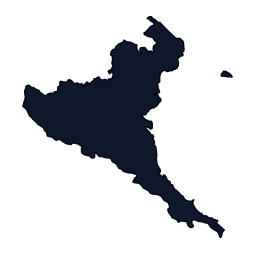 the district of Osa, Puntarenas, Costa Rica, rotated 179°
{"feature_id": "36466004B23652443238408", "entity_name": "Osa", "entity_type": "district", "adm_level": 2, "iso_a3": "CRI", "parent_name": "Costa Rica", "parent_adm1": "Puntarenas", "projection": "orthographic", "projection_center": [-83.568, 8.892], "detail": "fine", "context": "isolated", "style": "filled", "palette": "ink", "viewbox_px": 256, "rotation_deg": 179, "n_neighbors": 0, "source": "geoboundaries", "source_scale": "gbopen_adm2", "svg_char_len": 5838}
<svg xmlns="http://www.w3.org/2000/svg" viewBox="0 0 256 256"><g transform="rotate(179 128 128)"><path d="M146.7,185.2L146.2,183.7L145.8,183.6L145.9,183.0L145.5,182.6L144.0,183.6L144.1,184.2L143.8,184.6L142.8,184.7L142.3,184.0L141.8,181.7L142.4,179.5L142.8,179.3L142.7,178.3L143.7,177.4L146.3,177.3L146.9,176.5L147.9,176.0L150.1,176.9L153.3,176.3L153.6,176.7L154.7,176.9L155.5,178.6L156.3,179.4L156.9,179.4L158.4,178.6L159.0,177.9L160.9,177.8L161.6,176.0L163.8,174.6L164.7,173.0L165.4,173.0L166.2,173.5L167.1,173.2L167.7,174.4L168.5,174.6L168.7,173.6L169.8,173.3L170.5,172.2L171.6,171.8L171.2,170.6L171.5,170.4L172.8,170.8L173.3,171.8L173.2,172.9L173.5,173.2L174.8,172.5L176.4,172.9L178.2,173.9L179.0,173.8L179.3,173.1L181.1,173.2L182.2,174.8L185.2,177.3L187.1,176.9L187.6,175.8L188.2,175.3L189.5,174.9L192.0,175.1L194.4,175.9L194.7,175.2L195.2,175.1L195.5,174.4L194.9,173.8L195.9,170.8L196.6,170.4L197.0,170.5L197.6,169.8L197.4,168.2L197.8,166.2L198.7,165.5L200.9,165.4L201.9,163.9L202.9,163.8L203.7,164.2L207.4,163.5L208.1,162.9L208.6,161.3L210.2,162.1L212.3,162.4L213.3,164.0L215.2,164.8L216.1,166.8L220.5,168.9L221.6,170.0L223.9,170.3L226.0,172.3L227.0,172.5L227.8,172.3L229.3,171.2L229.7,168.6L230.4,167.8L230.6,164.5L230.2,163.7L230.4,162.5L230.1,161.5L230.2,159.3L231.7,155.2L232.0,153.4L232.8,152.0L232.2,150.9L230.4,149.7L228.9,148.0L226.1,141.8L224.0,140.0L223.6,139.1L218.9,134.6L218.1,133.4L213.4,130.4L212.2,129.2L211.5,127.1L209.4,125.2L209.0,122.2L208.6,121.4L203.9,120.2L202.5,119.2L201.9,118.2L200.0,117.1L196.5,118.0L192.6,115.0L190.2,113.6L188.8,113.1L185.4,112.5L183.2,114.2L177.9,112.8L174.2,110.2L174.8,108.3L174.8,104.8L174.5,103.8L172.4,102.3L169.3,101.2L167.1,100.9L165.8,99.4L164.6,98.7L162.8,98.7L162.0,99.5L161.8,102.5L161.2,103.6L159.6,103.1L158.6,101.4L157.0,100.0L154.0,99.9L152.5,99.1L146.4,98.2L145.7,97.6L144.2,94.6L141.7,93.2L139.1,91.1L139.2,89.9L138.3,89.2L137.7,87.8L135.2,87.1L133.6,85.0L131.9,84.2L129.8,83.8L128.7,83.2L125.8,83.2L123.4,82.5L122.0,81.8L120.7,81.7L120.1,81.1L119.7,80.4L119.9,79.3L122.4,77.6L122.4,76.5L123.9,74.6L123.7,73.7L121.3,73.0L118.9,72.9L117.3,72.2L114.7,69.4L114.0,68.0L108.5,64.9L106.9,62.6L104.5,61.5L102.9,61.5L98.7,60.7L95.8,59.1L93.2,55.1L89.0,52.6L87.8,49.3L87.6,47.4L89.1,46.7L89.6,45.4L88.8,42.9L86.1,39.2L85.6,37.7L80.6,35.4L79.5,33.1L78.5,33.0L78.1,34.0L76.1,34.1L72.7,33.8L70.8,33.2L69.6,29.5L69.0,28.7L67.4,27.5L65.2,27.7L64.5,28.5L64.4,29.2L64.7,29.9L65.7,31.0L66.0,33.7L65.2,34.7L63.8,35.1L62.3,34.9L59.6,33.6L55.0,32.8L52.3,31.8L50.6,31.7L49.4,30.9L46.6,27.0L43.7,24.8L40.6,23.1L39.2,21.0L37.8,17.2L36.8,17.4L35.4,22.3L33.6,24.4L40.4,30.6L40.9,31.7L40.9,33.1L40.0,33.3L40.3,34.2L41.7,33.9L43.0,35.1L44.1,35.1L46.0,36.7L47.5,36.4L48.9,37.2L49.5,37.1L50.9,38.6L54.2,39.1L55.4,40.0L55.9,41.4L57.2,41.3L58.0,41.9L61.3,45.1L64.4,50.3L64.4,52.7L64.2,53.9L63.6,54.9L64.0,55.0L64.9,53.9L67.0,53.5L70.0,54.1L72.7,55.6L73.1,56.7L74.5,59.0L76.0,59.7L77.2,60.9L77.3,61.4L80.7,64.8L82.5,65.6L82.7,66.6L84.4,68.6L84.0,69.7L84.6,70.3L85.5,70.3L86.3,71.0L86.8,71.9L86.9,73.5L88.3,74.2L89.7,75.4L91.0,78.5L92.1,80.1L93.4,80.3L93.4,79.0L94.6,78.6L96.5,80.3L98.0,82.1L98.6,83.5L96.8,83.3L96.4,83.8L96.4,84.5L96.8,86.3L99.2,90.2L100.0,93.5L100.2,97.3L99.8,100.5L100.1,104.8L100.6,108.6L101.4,110.0L102.6,110.4L101.9,112.4L101.8,113.7L103.3,117.6L102.5,119.1L103.4,120.7L106.1,120.8L105.9,122.3L106.4,123.2L110.0,127.0L110.6,128.2L110.6,128.8L108.9,128.7L107.4,128.3L106.2,127.0L105.4,126.6L104.5,126.8L103.7,127.7L103.8,132.6L104.7,134.3L106.1,134.1L111.0,136.4L113.9,140.2L115.4,141.2L115.4,141.5L113.9,141.5L112.0,140.8L110.2,141.0L109.3,141.9L108.8,143.6L108.1,144.3L107.8,144.0L107.3,144.1L107.1,145.6L103.8,147.6L102.0,147.7L101.4,147.9L100.6,148.9L99.0,149.4L96.8,152.5L94.7,154.6L94.7,156.4L95.2,157.1L96.0,156.9L97.6,160.3L98.9,160.9L101.1,160.4L102.3,161.2L101.2,161.8L98.1,161.7L97.0,162.9L96.2,162.9L96.0,163.3L95.9,164.4L96.3,164.8L97.2,167.4L97.7,171.7L97.4,172.5L95.8,173.4L95.5,174.0L95.5,178.0L95.2,180.1L94.0,183.0L92.5,184.3L91.0,185.1L89.5,185.2L88.4,183.9L87.5,183.8L84.5,184.8L83.7,184.5L82.5,184.8L80.7,186.0L79.7,186.1L79.1,186.7L78.4,186.7L77.9,187.3L77.7,188.6L76.7,189.2L76.5,189.9L76.8,191.6L76.4,191.9L76.4,192.6L77.1,194.6L76.9,196.9L75.5,197.8L74.7,198.8L72.0,199.4L71.7,200.0L71.8,200.8L72.4,201.1L72.5,202.7L71.0,203.9L70.6,206.1L71.0,209.2L70.8,210.3L71.3,211.0L71.0,212.1L71.7,214.0L74.7,216.7L75.6,216.6L76.1,216.2L76.9,216.8L78.6,216.7L88.9,227.0L94.4,233.0L95.4,232.8L96.7,233.2L97.0,234.0L97.4,234.1L98.3,235.0L99.1,235.1L99.1,235.8L101.4,237.1L102.7,238.8L105.1,238.7L106.7,237.5L106.8,237.1L104.3,236.0L103.8,234.8L101.3,233.5L100.6,232.7L100.0,230.2L100.8,230.0L100.9,229.8L102.1,230.0L102.5,229.4L104.1,228.8L104.4,227.9L105.1,227.5L105.7,226.4L107.1,225.5L108.0,224.0L110.1,222.9L110.3,221.9L109.9,221.3L107.5,219.8L105.4,218.9L103.1,218.7L101.5,217.7L99.6,214.6L97.4,213.4L98.1,211.7L98.8,211.4L100.2,209.8L101.0,209.5L101.5,206.3L100.9,205.4L101.3,204.7L101.3,204.0L102.3,203.5L103.3,203.5L103.6,204.5L106.3,204.0L107.2,204.6L107.9,205.9L108.9,206.7L109.4,207.8L110.1,208.1L112.6,208.1L114.0,207.8L114.7,206.7L114.7,205.1L113.5,203.1L113.5,202.3L114.3,202.4L116.1,203.7L118.1,207.5L117.7,210.0L118.2,211.2L119.9,211.4L123.2,213.4L127.7,214.2L128.9,214.8L129.7,215.7L130.5,215.7L132.1,213.3L133.1,213.2L136.2,211.9L137.4,210.2L138.2,210.1L138.8,209.3L138.7,208.9L139.9,206.9L141.8,206.7L143.6,204.2L143.5,203.2L144.0,202.4L144.1,201.7L143.8,201.1L142.7,200.4L142.3,199.6L142.2,196.3L142.7,194.5L142.9,192.5L142.1,191.4L141.8,189.9L142.5,189.4L142.8,188.2L143.3,187.8L143.2,186.6L145.0,186.2L146.7,185.2ZM25.7,177.6L23.3,177.1L23.2,177.8L24.1,179.2L26.2,181.1L27.5,181.4L28.5,182.6L29.6,182.5L30.4,183.1L31.4,183.0L33.8,180.0L33.7,178.3L29.3,178.0L27.0,177.4L25.7,177.6Z" fill="#0f172a" stroke="#020617" stroke-width="1.5"/></g></svg>